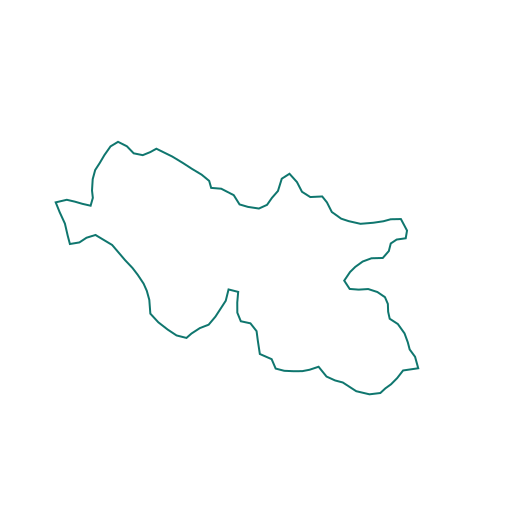 Entre Folhas, Minas Gerais, Brazil (Natural Earth projection), rotated 303°
{"feature_id": "56859067B8207809670025", "entity_name": "Entre Folhas", "entity_type": "district", "adm_level": 2, "iso_a3": "BRA", "parent_name": "Brazil", "parent_adm1": "Minas Gerais", "projection": "natural_earth1", "projection_center": [-42.24, -19.656], "detail": "fine", "context": "isolated", "style": "outline", "palette": "teal", "viewbox_px": 512, "rotation_deg": 303, "n_neighbors": 0, "source": "geoboundaries", "source_scale": "gbopen_adm2", "svg_char_len": 1647}
<svg xmlns="http://www.w3.org/2000/svg" viewBox="0 0 512 512"><g transform="rotate(303 256 256)"><path d="M250.2,453.2L258.1,444.3L261.3,435.8L266.3,430.3L272.0,422.7L276.2,412.0L276.2,402.3L281.2,397.2L287.6,392.7L291.7,386.6L291.9,377.4L289.4,368.1L283.7,360.4L279.4,352.5L283.4,343.4L293.8,343.6L301.0,345.2L309.5,348.5L317.0,354.1L323.4,363.4L332.5,364.7L339.9,362.2L346.4,365.0L352.4,371.9L359.6,368.8L365.9,357.4L360.2,349.0L354.5,343.9L347.8,336.3L339.9,326.1L335.7,314.7L333.7,307.1L334.2,295.6L339.6,286.3L342.0,279.1L335.0,269.4L334.9,259.6L340.3,250.1L343.2,239.3L334.9,235.5L322.5,239.0L313.4,237.7L304.9,237.4L297.4,232.6L292.8,222.5L290.3,214.1L294.9,204.2L293.5,190.2L288.7,181.3L293.5,175.8L294.6,166.1L294.2,154.7L294.2,144.5L293.8,131.5L291.7,114.0L285.5,110.7L278.9,106.1L275.5,97.5L277.7,88.0L276.6,78.1L268.7,74.3L258.1,73.9L248.8,74.3L240.5,74.3L231.5,77.2L221.6,82.8L215.9,87.5L208.1,89.9L205.2,82.0L202.9,74.4L200.1,66.7L191.9,58.8L185.8,67.5L179.1,78.1L170.5,87.0L164.7,93.4L171.2,100.5L179.0,103.9L186.2,109.9L186.9,129.3L184.0,139.1L181.2,148.5L178.7,158.9L175.8,167.1L171.6,176.8L167.3,183.4L161.1,190.4L150.1,198.8L147.2,210.2L146.2,222.0L146.1,232.6L149.4,242.3L155.8,244.1L165.0,248.2L172.6,253.7L183.0,255.0L191.9,255.0L202.0,255.0L213.0,251.2L216.2,260.6L206.8,265.6L198.3,271.2L193.0,278.8L196.5,288.0L193.3,297.4L185.8,303.8L175.9,312.6L178.0,325.3L172.3,333.8L175.1,342.2L180.1,350.7L184.7,357.6L189.8,362.9L197.2,368.8L193.3,380.8L194.7,390.1L197.2,397.7L197.2,413.7L201.8,426.5L208.8,434.9L215.5,436.6L221.9,439.1L230.5,440.9L240.1,441.7L250.2,453.2Z" fill="none" stroke="#0f766e" stroke-width="2"/></g></svg>